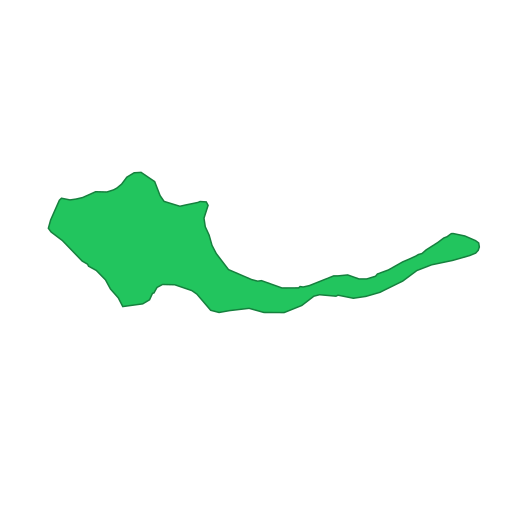 outline of San Pedro Sacatepéquez, Guatemala, rotated 22°
{"feature_id": "79465075B65982966467051", "entity_name": "San Pedro Sacatepéquez", "entity_type": "district", "adm_level": 2, "iso_a3": "GTM", "parent_name": "Guatemala", "parent_adm1": "", "projection": "albers", "projection_center": [-90.6, 14.686], "detail": "fine", "context": "isolated", "style": "filled", "palette": "green", "viewbox_px": 512, "rotation_deg": 22, "n_neighbors": 0, "source": "geoboundaries", "source_scale": "gbopen_adm2", "svg_char_len": 1405}
<svg xmlns="http://www.w3.org/2000/svg" viewBox="0 0 512 512"><g transform="rotate(22 256 256)"><path d="M439.9,186.5L454.0,175.5L458.6,171.0L459.9,167.5L459.7,164.0L457.6,160.5L453.8,159.5L442.1,159.2L430.4,161.3L428.7,162.1L425.9,166.6L423.4,168.9L421.8,171.5L419.6,175.2L411.4,186.7L409.0,191.5L406.0,193.8L404.2,196.2L399.0,201.7L394.2,206.5L384.0,219.3L375.3,227.2L374.4,230.0L367.2,235.8L360.0,238.7L348.1,239.2L339.3,243.8L335.4,245.4L316.5,263.5L311.3,267.1L308.3,267.8L307.5,269.6L292.1,275.9L270.3,276.8L267.0,278.7L260.7,279.5L235.6,278.9L218.2,268.6L211.2,262.6L204.7,254.2L198.0,247.9L193.6,240.4L192.6,227.0L189.6,224.5L183.8,226.4L182.1,228.1L171.7,235.0L166.8,238.4L150.3,239.8L144.4,235.9L134.2,225.0L118.1,221.5L111.8,224.5L106.7,231.3L104.5,239.7L101.5,245.2L99.2,248.0L93.8,252.5L83.2,256.5L73.4,266.7L67.7,270.7L62.5,273.7L54.0,275.3L52.8,278.0L52.1,299.5L53.1,308.1L57.0,310.5L70.7,314.2L96.7,325.8L102.9,326.7L104.6,328.2L113.3,329.2L125.4,334.5L133.4,341.1L144.0,346.4L151.4,352.8L168.9,342.8L173.7,336.5L174.0,329.4L175.2,328.5L176.0,322.2L180.0,317.4L191.4,313.1L209.5,312.1L215.5,313.5L234.3,323.3L242.9,322.2L252.0,316.5L269.2,307.1L284.5,305.4L303.3,297.9L317.0,284.7L324.7,271.6L329.4,268.1L345.2,263.3L346.7,261.6L362.1,258.7L373.0,252.3L384.6,243.2L388.0,239.3L401.5,224.2L410.6,209.2L422.1,198.4L439.9,186.5Z" fill="#22c55e" stroke="#15803d" stroke-width="1.5"/></g></svg>